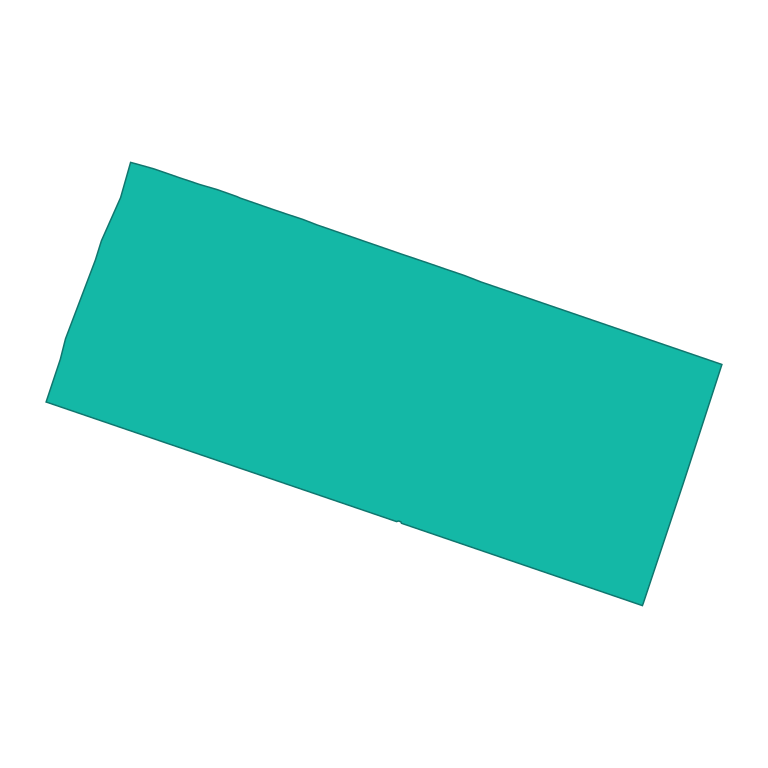 Vadastrita, Olt, Romania
{"feature_id": "2599482B28547583336437", "entity_name": "Vadastrita", "entity_type": "district", "adm_level": 2, "iso_a3": "ROU", "parent_name": "Romania", "parent_adm1": "Olt", "projection": "mercator", "projection_center": [24.238, 43.842], "detail": "fine", "context": "isolated", "style": "filled", "palette": "teal", "viewbox_px": 768, "rotation_deg": 0, "n_neighbors": 0, "source": "geoboundaries", "source_scale": "gbopen_adm2", "svg_char_len": 583}
<svg xmlns="http://www.w3.org/2000/svg" viewBox="0 0 768 768"><path d="M721.9,364.5L480.8,281.9L464.4,275.5L445.8,269.2L427.9,263.0L400.3,253.7L316.7,224.8L302.8,219.4L285.5,213.7L272.2,209.2L240.3,198.1L237.2,196.7L217.8,189.8L199.4,184.4L179.1,177.6L166.2,173.1L160.1,171.0L154.0,168.9L135.9,163.8L130.6,162.4L120.6,197.6L111.0,219.2L101.4,240.8L95.4,260.0L65.5,338.8L60.3,359.4L53.2,380.7L46.1,402.0L240.0,468.2L396.6,521.6L398.5,521.0L400.8,521.8L401.5,523.3L642.4,605.6L643.3,603.2L682.9,484.5L696.4,443.1L721.9,364.5Z" fill="#14b8a6" stroke="#0f766e" stroke-width="1.5"/></svg>